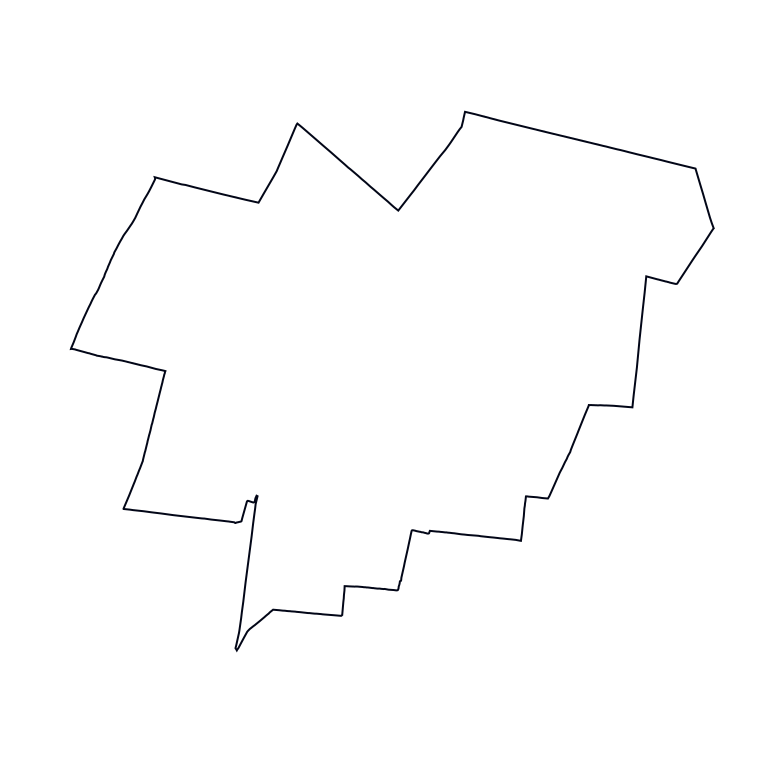 outline of Darvari, Mehedinti, Romania, rotated 275°
{"feature_id": "2599482B46217743952621", "entity_name": "Darvari", "entity_type": "district", "adm_level": 2, "iso_a3": "ROU", "parent_name": "Romania", "parent_adm1": "Mehedinti", "projection": "equal_earth", "projection_center": [23.05, 44.199], "detail": "fine", "context": "isolated", "style": "outline", "palette": "ink", "viewbox_px": 768, "rotation_deg": 275, "n_neighbors": 0, "source": "geoboundaries", "source_scale": "gbopen_adm2", "svg_char_len": 6091}
<svg xmlns="http://www.w3.org/2000/svg" viewBox="0 0 768 768"><g transform="rotate(275 384 384)"><path d="M625.7,675.6L625.8,675.3L625.9,674.8L626.1,673.2L627.7,662.7L630.2,646.6L631.2,640.7L632.5,632.0L633.1,628.3L633.8,623.6L634.9,616.2L635.6,611.9L636.2,608.1L637.1,602.8L637.7,599.0L638.1,595.8L639.2,588.8L639.9,584.7L640.3,581.6L640.7,579.1L649.0,524.1L656.5,475.6L660.8,450.6L662.2,441.0L656.3,440.2L653.5,439.9L647.1,438.9L646.7,438.8L646.2,438.4L644.4,437.2L641.5,435.5L630.6,429.5L627.5,427.7L622.4,424.6L615.8,420.0L609.1,415.7L602.5,411.5L597.9,408.6L594.9,406.7L585.0,400.4L579.6,397.1L575.5,394.4L558.0,383.1L561.1,378.5L563.1,375.8L566.1,371.9L569.2,367.5L572.0,363.6L576.8,357.0L579.3,353.4L583.3,348.1L586.0,344.2L588.8,340.5L592.1,335.9L595.0,331.8L596.4,329.6L599.2,325.9L602.7,321.1L610.0,311.2L616.6,302.0L626.9,287.8L632.1,280.6L633.9,278.0L635.9,275.0L634.7,274.3L630.9,273.0L612.9,267.2L600.6,263.1L596.3,261.7L590.3,259.7L586.8,258.6L585.9,258.2L580.4,255.7L563.4,247.7L553.7,243.2L555.4,230.5L558.9,206.7L563.4,178.2L565.0,168.9L565.2,165.1L565.4,163.9L565.7,162.3L570.0,137.6L569.3,137.9L568.9,138.1L568.2,138.1L567.7,138.0L560.0,135.0L555.6,133.2L552.7,131.9L547.0,129.1L543.0,127.5L539.5,126.0L531.4,123.0L530.2,122.6L529.5,122.3L528.0,121.8L523.9,119.9L521.3,118.6L520.5,118.1L514.4,114.7L510.8,112.5L509.0,111.5L505.8,110.1L503.3,108.9L500.8,107.8L498.9,107.0L495.9,105.8L491.9,104.0L491.3,103.8L490.1,103.6L483.4,101.0L481.3,100.4L476.6,98.8L474.9,98.4L473.7,98.0L472.4,97.5L470.7,96.9L468.7,96.3L466.5,95.9L463.3,94.6L459.9,93.3L457.5,92.5L454.9,91.7L452.9,91.0L449.1,89.3L447.7,88.3L442.9,86.3L440.0,85.2L438.5,84.7L434.5,83.1L423.2,79.0L419.2,77.7L413.5,75.7L409.4,74.4L406.8,73.5L404.4,72.9L398.4,71.2L392.6,69.3L391.6,69.1L391.8,70.0L391.5,73.3L391.2,74.4L389.6,83.3L389.0,86.4L388.9,87.7L388.5,89.3L387.9,92.6L387.5,94.7L387.2,95.4L387.1,97.1L387.0,98.5L386.8,100.0L386.7,100.2L386.8,100.6L386.5,101.9L386.4,102.9L386.4,103.8L386.4,105.2L386.2,106.8L385.1,113.9L385.0,115.4L384.5,121.1L381.5,140.2L380.8,146.1L379.5,153.2L379.1,155.4L378.3,162.0L377.9,164.7L377.8,165.1L376.8,164.8L375.2,164.6L374.3,164.3L372.6,164.1L368.7,163.4L366.1,163.1L363.9,162.7L363.0,162.6L362.1,162.4L358.7,161.9L357.0,161.6L346.2,159.9L342.0,159.2L339.8,158.9L335.5,158.1L330.7,157.5L329.2,157.2L327.8,157.0L324.5,156.5L323.0,156.1L317.5,155.4L314.1,154.8L312.7,154.5L308.2,153.8L306.6,153.5L305.6,153.4L304.6,153.3L302.9,153.0L296.3,152.0L295.1,151.7L289.2,150.8L287.2,150.5L286.0,150.4L285.5,150.2L278.8,148.3L277.6,147.9L276.7,147.6L271.8,146.2L270.4,145.7L264.7,144.1L263.5,143.7L250.6,139.8L237.1,135.4L236.8,135.5L236.7,141.9L236.5,145.0L236.3,155.6L235.9,163.8L235.6,173.3L235.0,185.5L234.2,214.5L234.3,216.7L234.2,218.5L233.9,223.6L233.7,233.4L233.5,239.9L233.5,241.2L233.4,242.4L233.2,246.5L233.1,247.1L232.7,247.6L232.6,247.8L232.6,248.1L232.6,248.3L232.9,248.7L233.3,249.6L233.5,250.5L233.8,251.3L234.5,253.5L235.0,254.0L238.1,254.5L255.0,257.7L255.4,258.0L255.7,258.3L255.7,259.2L255.2,261.3L254.6,263.8L254.6,264.1L254.6,264.4L254.9,264.9L255.3,265.3L255.8,265.5L258.3,265.8L259.0,265.9L261.6,266.8L261.2,267.8L253.2,266.6L249.2,266.5L243.1,266.2L233.7,265.8L220.5,265.4L174.3,263.4L154.8,262.8L144.6,262.3L138.1,262.1L125.3,261.4L123.1,261.2L110.3,259.5L108.6,259.2L107.9,259.1L107.6,259.2L107.0,259.8L105.8,260.6L106.5,260.9L107.8,261.7L108.5,262.1L113.5,264.2L119.1,266.6L124.5,269.0L125.2,269.3L126.2,270.0L128.3,271.7L129.2,272.7L131.4,275.0L132.5,276.3L133.4,277.2L136.8,280.7L141.4,285.3L142.4,286.2L144.4,288.2L145.3,289.2L146.3,289.9L147.0,290.6L149.5,293.2L149.5,299.3L149.4,303.2L149.5,304.9L149.4,307.2L149.4,308.7L149.5,310.4L149.4,311.0L149.5,315.3L149.4,316.8L149.4,319.3L149.4,320.2L149.2,328.1L149.3,329.6L149.2,333.3L149.2,335.1L149.3,336.2L149.3,341.3L149.2,343.0L149.3,355.6L149.3,359.2L149.3,361.1L149.4,361.7L149.7,362.0L150.2,362.3L150.3,362.5L160.6,362.5L163.5,362.5L166.9,362.6L170.3,362.5L174.8,362.6L179.2,362.4L179.3,364.3L179.4,367.7L179.6,372.0L179.8,374.0L179.9,375.3L179.9,380.5L179.8,381.6L179.9,383.3L179.8,384.5L179.9,386.1L179.7,390.3L179.8,391.1L179.7,391.9L179.6,395.4L179.8,397.9L179.7,398.8L179.7,401.6L179.9,402.5L179.5,406.4L179.6,411.8L179.5,413.3L179.5,414.6L179.6,415.1L179.8,415.6L180.2,415.9L180.8,416.1L181.8,416.3L183.4,416.3L185.5,416.8L187.2,417.0L188.4,417.0L189.0,417.2L189.2,417.4L189.5,418.1L190.4,418.2L191.7,418.2L192.5,418.2L204.2,419.8L208.0,420.2L221.4,422.0L229.6,423.0L231.8,423.3L236.2,423.8L240.0,424.3L240.5,424.5L240.7,424.8L240.8,425.1L240.8,425.5L240.8,425.9L240.6,427.7L240.3,429.0L239.9,432.5L239.9,433.1L239.6,434.3L239.6,434.8L239.6,435.4L239.6,436.1L239.3,437.3L239.1,438.8L238.8,440.1L238.8,440.9L239.0,441.6L239.3,441.9L241.7,442.5L241.6,449.5L241.7,451.7L241.6,453.2L241.6,455.2L241.5,457.7L241.6,459.2L241.5,460.4L241.5,462.6L241.4,464.7L241.4,466.9L241.0,474.0L241.0,477.3L240.9,480.8L240.9,481.7L241.0,488.9L241.0,491.5L240.8,493.6L240.6,503.4L240.6,506.4L240.5,510.4L240.4,513.0L240.4,516.8L240.3,520.8L240.3,524.0L240.2,528.7L239.7,533.7L239.7,534.1L240.0,534.1L246.3,534.4L254.3,534.5L264.6,534.8L272.4,534.7L275.0,534.9L277.3,534.9L279.8,535.1L284.4,535.2L284.5,535.8L284.5,536.6L284.4,538.1L284.5,546.3L284.3,549.8L284.2,551.6L284.2,554.1L284.2,555.9L284.2,557.3L286.7,558.5L292.4,560.5L311.2,566.9L315.9,568.9L321.9,571.1L325.3,572.6L327.6,573.3L329.6,574.1L331.9,575.2L332.3,575.4L334.7,575.9L338.8,577.1L339.8,577.4L352.2,581.2L353.3,581.5L370.5,586.7L379.8,589.7L380.9,589.9L381.1,592.9L381.4,599.2L381.7,601.2L381.8,604.8L382.0,607.3L382.3,614.9L382.4,633.5L394.3,633.7L422.2,634.5L450.5,634.7L481.1,635.3L498.2,635.7L514.1,635.9L512.1,647.2L511.9,648.7L511.5,650.8L511.0,653.9L510.7,655.4L510.6,656.6L510.3,658.1L510.3,658.5L510.0,659.6L509.8,660.9L509.7,661.5L509.2,665.1L509.1,666.0L509.2,666.4L509.3,666.9L509.6,667.4L511.8,668.5L520.9,673.4L533.8,680.3L538.9,683.1L549.0,688.8L563.9,696.6L567.5,698.6L567.8,698.9L571.6,697.1L573.1,696.4L578.2,694.2L592.8,688.5L601.1,685.3L610.1,681.7L624.8,675.9L625.7,675.6Z" fill="none" stroke="#020617" stroke-width="2"/></g></svg>